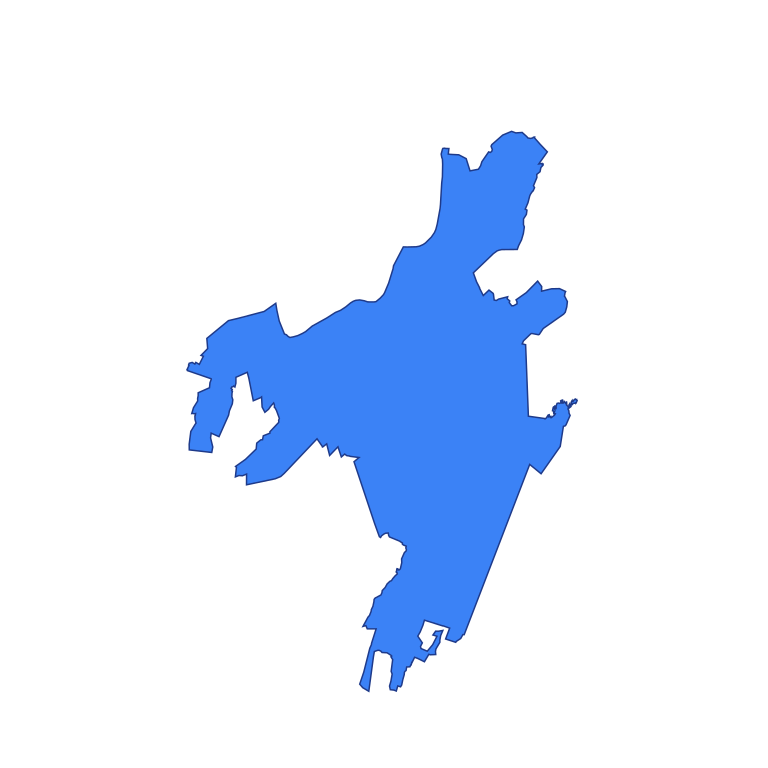 Ķekavas pag., Kekavas, Latvia (Equal Earth projection), rotated 294°
{"feature_id": "27541924B56156234267129", "entity_name": "Ķekavas pag.", "entity_type": "district", "adm_level": 2, "iso_a3": "LVA", "parent_name": "Latvia", "parent_adm1": "Kekavas", "projection": "equal_earth", "projection_center": [24.179, 56.814], "detail": "fine", "context": "isolated", "style": "filled", "palette": "blue", "viewbox_px": 768, "rotation_deg": 294, "n_neighbors": 0, "source": "geoboundaries", "source_scale": "gbopen_adm2", "svg_char_len": 6145}
<svg xmlns="http://www.w3.org/2000/svg" viewBox="0 0 768 768"><g transform="rotate(294 384 384)"><path d="M623.2,342.0L622.4,341.9L617.3,342.7L614.5,344.6L613.2,345.9L608.6,348.2L597.0,353.1L591.0,355.0L570.9,362.6L567.3,363.8L551.7,367.6L546.3,368.5L542.8,368.5L537.4,367.5L529.7,364.5L527.3,363.0L524.3,360.3L522.4,357.5L518.6,349.5L517.1,345.9L495.9,344.6L493.0,345.4L478.1,347.2L467.8,347.4L465.5,347.2L461.1,345.7L456.0,343.2L454.9,341.5L452.4,335.8L452.0,332.0L450.9,327.6L448.9,324.1L447.0,322.2L444.5,320.5L438.9,317.7L433.6,314.3L429.6,310.5L420.8,304.7L407.8,294.9L400.0,291.1L397.0,288.9L393.2,285.6L390.2,282.0L388.2,279.1L388.5,276.8L389.3,274.9L389.2,272.7L398.9,262.7L407.7,256.2L413.7,252.3L401.5,245.0L384.8,224.2L378.6,216.1L353.6,203.6L344.6,208.5L335.7,205.2L335.9,207.7L326.8,207.3L327.2,203.3L325.3,203.1L325.7,200.0L323.7,197.6L322.1,197.7L322.0,198.2L322.0,197.9L321.7,197.9L321.6,198.3L316.9,198.2L317.0,198.8L316.3,199.1L318.5,224.0L318.1,224.3L314.4,224.5L309.6,226.1L300.4,217.8L297.7,219.0L295.0,219.6L292.7,220.7L284.9,219.6L278.8,220.4L279.4,221.5L279.7,223.0L280.4,223.9L278.4,224.4L278.0,224.2L274.7,225.8L271.8,228.2L270.6,227.9L262.1,226.8L249.8,230.5L244.6,232.9L251.4,254.5L256.8,253.2L264.2,247.5L268.8,246.1L268.8,254.7L292.3,254.7L296.6,253.7L304.2,253.5L308.1,252.3L310.5,250.2L314.0,248.8L315.7,248.5L315.9,247.5L317.3,247.6L317.8,246.0L319.5,246.2L319.9,247.0L321.0,247.5L320.6,249.0L324.4,248.4L329.9,246.0L339.1,254.3L334.4,258.1L315.5,271.4L321.3,276.8L322.4,277.4L313.4,282.0L309.7,286.7L313.9,288.8L317.5,289.5L321.8,290.9L320.3,292.4L318.0,293.4L317.9,294.2L315.9,296.7L310.0,302.4L308.0,302.5L306.6,303.3L306.0,303.4L294.0,299.2L292.7,299.8L287.6,294.8L283.7,295.7L282.9,294.2L278.6,291.9L277.8,291.9L272.6,293.7L258.8,288.1L248.3,281.9L247.9,283.1L238.7,286.0L241.4,288.7L242.6,292.0L245.8,295.1L236.0,299.4L253.2,323.2L257.5,327.3L261.8,329.2L306.7,345.1L301.9,353.0L301.4,353.4L301.5,353.6L306.0,356.0L296.6,363.4L307.9,367.5L300.0,374.7L304.0,376.6L303.4,379.1L304.2,381.8L304.1,382.4L306.7,391.1L300.8,388.2L252.7,432.2L242.6,441.9L242.4,443.3L244.3,443.5L246.8,444.9L248.3,446.1L249.6,448.5L247.6,449.8L246.5,451.2L246.8,462.7L246.6,462.9L246.3,465.4L245.2,465.9L244.8,467.2L244.9,470.3L243.1,470.6L241.7,471.9L240.5,472.1L238.3,471.2L231.4,471.2L228.0,472.9L222.3,474.0L221.1,473.9L220.3,473.4L220.0,472.7L220.7,472.1L220.7,471.4L220.6,471.0L219.9,471.0L218.7,471.5L217.9,471.4L217.1,471.7L216.9,472.2L217.1,472.5L215.9,473.4L213.3,472.2L209.9,471.2L207.4,470.8L206.1,469.6L202.8,468.2L198.5,467.8L194.6,466.4L192.5,467.0L190.0,467.0L184.9,463.0L183.9,462.7L183.1,462.6L181.1,463.3L176.4,464.3L172.7,464.2L171.2,464.7L166.7,464.9L164.5,464.2L154.0,463.4L155.9,465.7L153.5,468.3L157.1,476.4L142.0,478.1L140.8,478.5L136.9,478.5L112.6,482.7L99.9,483.9L97.9,488.1L97.1,495.1L130.5,485.3L135.7,484.0L138.0,486.4L138.7,487.7L138.7,489.7L137.9,491.4L139.7,496.1L139.0,500.7L138.6,501.7L137.6,501.3L135.8,504.0L124.4,507.4L122.4,509.4L115.3,511.2L110.3,511.9L107.3,514.1L108.4,517.6L108.5,520.1L113.8,519.4L114.1,522.3L116.2,522.6L121.7,521.4L126.7,520.7L129.0,519.9L130.2,520.1L131.2,520.7L134.7,519.8L136.2,522.7L138.1,522.7L138.4,523.1L140.8,522.6L140.8,522.9L146.8,523.1L147.0,526.5L146.7,533.9L155.3,534.9L155.4,536.3L157.9,541.3L160.6,539.8L163.1,539.2L170.8,540.1L172.7,539.2L177.3,538.1L182.8,538.0L180.3,534.3L179.2,531.7L174.6,530.8L175.1,535.0L165.6,534.5L157.5,532.2L157.4,525.4L159.1,524.1L163.1,524.3L167.4,517.4L172.2,517.9L179.4,517.7L184.7,517.0L186.9,536.1L187.1,536.2L187.7,543.3L176.1,544.0L177.2,554.6L178.2,554.7L182.7,557.6L187.2,558.0L187.6,559.2L369.8,549.8L365.9,564.0L398.6,570.4L418.3,565.1L419.4,566.5L420.7,566.9L431.0,566.8L432.5,565.0L434.8,563.7L436.0,562.2L439.5,564.0L440.3,563.3L440.8,562.2L441.5,561.7L440.1,561.5L439.3,562.0L437.5,561.9L438.4,561.2L439.0,559.4L440.1,559.2L440.5,558.4L441.4,558.4L441.8,558.1L441.1,557.4L440.3,557.5L441.3,555.8L439.5,555.5L439.0,554.3L441.7,554.0L442.0,553.7L441.1,552.6L440.4,552.2L439.4,553.1L438.6,553.0L437.7,552.3L437.6,551.2L436.7,550.0L434.0,550.2L433.4,549.7L433.5,549.1L433.3,548.9L432.9,549.0L432.5,549.8L431.9,550.0L432.5,550.3L432.7,550.8L431.5,551.2L430.3,550.3L431.1,549.1L432.0,548.6L432.0,548.2L431.5,548.1L428.1,548.8L428.2,549.9L427.5,550.3L428.3,551.0L426.2,551.0L425.9,551.3L426.4,551.8L426.5,552.6L424.8,552.4L421.3,550.5L421.1,550.2L421.3,549.9L422.3,549.5L421.7,548.6L420.9,548.1L420.9,547.4L421.5,547.2L422.5,547.7L423.1,547.4L422.4,546.6L419.1,546.1L417.6,545.3L417.8,544.7L413.3,529.0L477.5,497.4L476.9,493.9L480.2,493.9L489.4,497.6L489.9,497.9L490.4,498.9L491.8,505.0L492.5,505.7L499.1,506.8L500.0,507.2L520.9,519.7L523.3,520.4L528.8,519.6L533.9,518.0L537.3,513.8L537.5,513.2L540.8,512.3L542.4,512.3L542.5,505.5L539.1,498.3L532.9,490.2L537.2,488.4L540.5,482.5L525.3,476.8L514.6,470.4L513.3,472.0L511.3,472.9L508.2,470.5L507.4,468.9L509.3,465.3L511.0,465.1L512.0,461.8L514.0,461.5L508.2,454.2L506.0,452.7L505.5,450.5L510.5,447.5L511.2,446.8L512.5,441.7L505.2,438.7L510.3,432.4L510.8,432.2L515.0,427.0L521.9,420.4L547.6,430.9L551.5,433.1L553.0,434.6L554.7,436.9L561.1,451.0L565.1,450.7L571.6,451.0L578.2,450.1L584.6,448.3L586.3,446.6L591.6,444.3L596.8,445.1L601.0,443.9L601.2,441.9L608.1,441.8L615.3,440.6L617.5,440.7L620.8,441.4L621.0,441.7L624.6,441.7L625.9,439.9L634.8,439.7L637.6,438.3L641.4,440.2L645.6,439.3L648.6,440.3L649.5,440.0L648.9,439.3L649.8,438.8L648.0,435.9L662.5,438.8L666.7,428.7L670.0,421.5L670.9,421.2L670.2,420.1L669.2,419.7L667.9,417.9L667.3,415.4L668.1,413.8L670.0,407.9L667.0,402.3L666.7,397.8L659.7,391.2L646.5,385.1L644.8,385.1L642.2,387.6L640.4,387.8L638.8,387.0L638.6,385.2L626.9,383.0L622.6,383.5L618.6,382.9L613.7,375.9L623.3,367.4L623.8,359.1L620.8,351.3L620.2,349.2L625.5,347.5L624.3,344.7L624.1,343.5L623.2,342.0ZM442.1,564.5L442.7,564.5L443.5,565.0L443.9,565.9L444.7,566.6L444.8,566.8L444.4,567.1L444.7,567.2L447.4,567.2L447.7,566.5L448.2,566.3L447.8,565.5L448.1,564.8L446.6,564.0L445.4,563.9L444.6,563.1L445.4,562.6L444.3,562.4L442.6,562.9L442.4,563.5L442.1,563.7L441.2,563.3L441.3,564.1L442.1,564.5Z" fill="#3b82f6" stroke="#1e3a8a" stroke-width="1.5"/></g></svg>